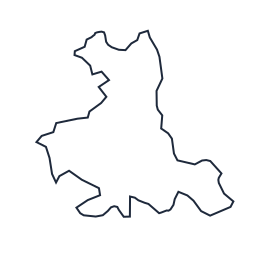 an SVG outline of Dobele, rotated 81°
{"feature_id": "LVA-1082", "entity_name": "Dobele", "entity_type": "Municipality", "adm_level": 1, "iso_a3": "LVA", "parent_name": "Latvia", "parent_adm1": "", "projection": "orthographic", "projection_center": [23.182, 56.625], "detail": "fine", "context": "isolated", "style": "outline", "palette": "slate", "viewbox_px": 256, "rotation_deg": 81, "n_neighbors": 0, "source": "natural_earth", "source_scale": "10m", "svg_char_len": 1320}
<svg xmlns="http://www.w3.org/2000/svg" viewBox="0 0 256 256"><g transform="rotate(81 128 128)"><path d="M193.4,46.9L196.5,46.9L207.8,43.4L217.0,35.4L222.0,39.1L227.4,60.6L221.5,68.8L210.0,74.7L203.9,79.9L198.9,88.2L205.6,93.0L211.0,95.1L215.1,98.8L216.0,100.9L215.5,102.7L216.7,108.4L217.0,110.6L214.6,112.6L206.2,119.7L204.5,123.2L201.0,129.1L197.9,132.1L196.0,136.7L215.8,140.0L215.0,146.1L207.4,149.9L204.3,150.9L203.1,153.9L203.7,157.2L206.8,160.9L210.2,166.5L210.4,173.7L207.3,185.4L204.7,188.5L198.6,191.4L192.9,179.0L190.0,166.1L182.9,166.1L171.9,181.7L161.0,192.9L164.8,203.3L170.6,207.6L161.5,210.2L145.3,210.2L133.8,212.0L127.6,220.6L122.3,214.5L120.4,202.4L111.9,198.1L110.9,176.5L111.4,166.1L105.7,163.5L99.1,150.6L93.8,144.5L82.9,150.5L77.7,139.3L68.2,145.3L69.5,154.8L60.5,155.6L51.4,162.5L47.6,169.4L43.8,168.5L41.0,158.1L34.2,155.0L32.6,149.8L31.8,148.6L30.7,146.5L29.1,145.5L28.7,143.6L28.6,141.2L28.7,139.0L29.8,136.7L33.0,136.1L39.4,136.1L42.7,134.6L45.7,131.4L49.3,124.8L50.7,118.3L45.0,111.5L42.6,105.1L36.4,101.8L35.1,93.2L42.0,92.3L55.1,87.1L62.6,85.8L84.5,86.3L95.8,94.0L110.4,96.1L114.5,95.7L120.9,92.2L133.7,95.3L139.5,89.2L145.4,86.3L160.4,86.6L167.7,84.2L174.4,67.7L171.7,59.9L171.9,55.7L173.5,51.9L187.5,42.8L191.4,46.1L193.4,46.9Z" fill="none" stroke="#1e293b" stroke-width="2"/></g></svg>